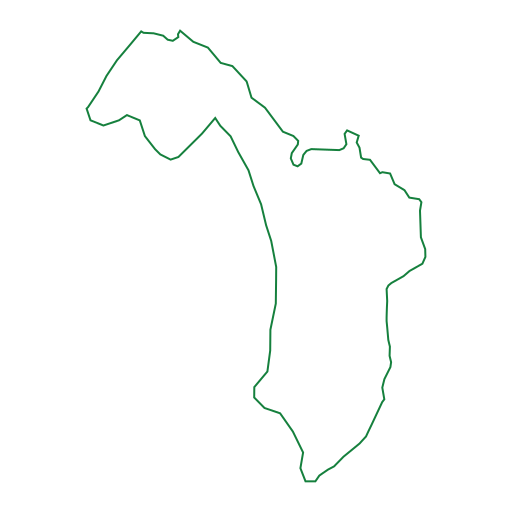 the district of Kosong, Kangwŏn-do, North Korea
{"feature_id": "82179303B58420780140205", "entity_name": "Kosong", "entity_type": "district", "adm_level": 2, "iso_a3": "PRK", "parent_name": "North Korea", "parent_adm1": "Kangwŏn-do", "projection": "robinson", "projection_center": [128.195, 38.62], "detail": "fine", "context": "isolated", "style": "outline", "palette": "green", "viewbox_px": 512, "rotation_deg": 0, "n_neighbors": 0, "source": "geoboundaries", "source_scale": "gbopen_adm2", "svg_char_len": 1721}
<svg xmlns="http://www.w3.org/2000/svg" viewBox="0 0 512 512"><path d="M86.6,108.6L90.5,120.3L103.4,125.5L119.0,120.3L126.9,115.1L139.8,120.4L144.9,136.1L155.1,149.2L160.3,154.4L170.6,159.6L178.4,157.0L188.9,146.6L202.0,133.6L215.2,118.0L220.3,125.8L230.6,136.3L238.2,152.0L248.5,170.3L253.5,186.0L261.1,204.3L266.1,225.2L271.2,240.9L273.7,253.9L276.2,267.0L276.1,280.1L275.8,303.6L270.4,329.7L270.2,350.6L267.4,371.5L254.3,387.1L254.2,397.5L264.5,408.0L280.1,413.3L292.9,431.6L303.1,452.5L300.4,468.2L305.5,481.3L315.4,481.3L319.3,475.6L322.3,473.5L328.0,469.6L333.1,466.9L334.2,466.3L335.5,464.9L343.5,456.7L359.6,443.5L362.4,440.4L366.0,436.5L368.6,430.9L371.5,424.9L382.2,402.1L384.3,399.3L382.3,387.6L383.5,382.7L384.4,379.1L390.4,367.1L391.1,362.2L389.6,355.9L389.6,355.3L389.9,346.6L388.9,342.5L388.3,339.9L387.2,327.3L386.6,321.1L386.6,317.5L386.7,313.7L386.9,307.6L387.2,301.1L386.9,295.1L386.6,289.0L388.4,285.5L391.4,283.0L403.6,276.1L409.5,271.0L422.4,263.7L425.4,256.9L425.2,249.1L420.9,237.3L420.0,210.6L421.4,202.2L419.2,199.2L409.3,197.6L404.5,190.2L394.6,184.2L390.1,173.5L382.4,172.2L380.0,173.2L370.0,159.8L363.1,159.0L361.1,157.6L359.5,147.7L356.7,142.5L358.7,135.7L347.1,130.4L344.6,133.9L346.4,144.2L343.6,148.3L339.3,150.1L311.3,149.1L306.6,150.9L303.4,154.8L303.1,155.8L301.3,163.6L297.6,166.3L293.5,164.7L290.8,158.4L291.8,153.1L297.8,144.5L298.2,140.9L293.4,136.0L282.9,131.7L265.0,107.7L251.5,97.7L246.9,82.3L246.5,81.3L232.4,66.1L220.7,62.9L207.9,47.6L193.3,41.8L180.1,30.7L178.0,34.2L178.3,37.1L172.8,40.8L167.7,39.7L163.2,35.7L153.6,33.3L149.3,33.1L143.5,32.8L141.2,31.4L130.2,44.6L117.0,60.2L106.5,75.9L98.5,91.5L88.0,107.2L86.6,108.6Z" fill="none" stroke="#15803d" stroke-width="2"/></svg>